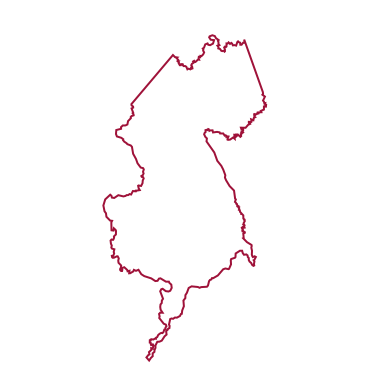 the district of Barbacoas, Nariño, Colombia, rotated 153°
{"feature_id": "7082276B69446102501587", "entity_name": "Barbacoas", "entity_type": "district", "adm_level": 2, "iso_a3": "COL", "parent_name": "Colombia", "parent_adm1": "Nariño", "projection": "robinson", "projection_center": [-78.08, 1.496], "detail": "fine", "context": "isolated", "style": "outline", "palette": "rose", "viewbox_px": 384, "rotation_deg": 153, "n_neighbors": 0, "source": "geoboundaries", "source_scale": "gbopen_adm2", "svg_char_len": 6033}
<svg xmlns="http://www.w3.org/2000/svg" viewBox="0 0 384 384"><g transform="rotate(153 192 192)"><path d="M284.0,147.7L280.4,147.9L279.1,149.0L277.7,147.2L275.0,147.0L274.5,141.8L272.7,138.7L267.5,133.5L265.1,129.3L263.0,128.5L260.8,129.8L259.3,129.4L255.9,123.9L253.3,122.6L253.4,121.3L252.5,118.9L253.6,115.8L256.2,113.9L258.1,114.0L260.4,115.6L262.1,119.1L263.5,119.3L265.4,118.0L266.3,110.0L268.1,109.0L269.4,106.8L271.1,106.1L272.5,104.0L273.4,101.4L273.0,97.8L275.1,98.9L276.7,98.3L277.3,95.9L278.4,94.6L277.0,87.5L275.5,85.7L275.7,84.0L277.2,83.2L277.8,82.0L279.1,82.0L281.1,80.1L282.4,79.7L283.3,80.4L285.1,80.4L287.1,79.9L288.9,78.5L290.2,78.5L290.8,77.6L291.6,78.2L293.4,78.1L295.1,79.3L296.0,79.3L296.2,78.6L297.0,78.9L298.0,77.0L297.3,76.4L298.0,74.4L297.0,73.4L296.5,74.2L296.0,74.0L296.0,73.3L296.5,73.2L296.3,72.4L298.1,70.2L299.2,71.4L299.9,69.8L303.0,68.9L303.6,66.6L305.1,66.5L307.7,65.3L306.7,61.3L303.8,62.9L301.6,63.5L300.3,66.1L298.1,66.6L297.1,68.2L295.3,69.7L294.3,71.8L290.9,74.3L288.9,73.4L286.4,73.3L281.9,75.9L279.4,76.5L278.2,79.8L276.2,80.3L275.4,81.0L273.9,81.0L272.7,82.9L272.7,84.3L269.1,88.7L267.7,88.6L266.4,87.6L264.2,87.9L262.5,86.9L259.0,87.0L257.3,88.3L256.4,88.1L254.5,90.9L251.1,93.9L248.9,99.2L246.1,100.5L244.7,103.1L242.3,104.5L238.5,108.0L235.2,108.1L229.9,104.7L228.7,103.2L227.0,103.1L221.7,100.8L220.2,101.4L217.3,104.8L215.9,105.5L214.5,105.3L213.2,106.2L212.3,105.6L206.8,105.9L199.3,109.0L197.0,108.7L194.5,106.7L193.9,106.7L190.1,109.8L188.4,113.6L187.5,114.5L183.6,113.9L182.8,114.3L181.0,117.4L175.9,117.9L174.0,116.9L174.5,114.7L174.2,112.5L171.9,111.7L171.3,110.3L171.8,108.6L171.4,107.4L172.3,105.6L172.3,103.9L171.5,101.9L171.5,99.7L170.8,98.3L169.9,98.3L169.5,99.7L167.9,101.8L168.0,103.2L167.3,103.2L164.6,105.1L165.4,106.3L167.3,106.4L167.4,107.6L167.1,109.1L165.2,112.4L164.4,115.5L163.3,116.8L163.0,117.8L165.8,122.4L167.4,127.6L166.8,127.6L165.2,131.6L163.4,131.7L163.2,132.3L164.9,134.0L164.6,134.9L163.8,134.9L163.9,137.5L162.8,137.8L162.7,136.8L161.3,136.4L161.1,138.0L160.3,138.5L160.8,139.5L160.4,139.5L160.3,140.7L158.1,142.2L158.2,143.4L157.7,143.7L158.3,145.0L156.9,147.9L157.4,149.6L158.1,150.1L157.7,150.7L158.2,152.6L157.7,154.0L158.3,154.8L157.6,155.4L157.6,156.8L157.0,157.1L157.9,158.3L157.2,158.5L157.8,159.5L157.4,160.8L157.9,161.3L157.7,162.2L158.2,163.7L156.3,165.5L156.6,166.5L153.9,174.2L155.8,180.2L156.3,186.9L156.1,189.9L154.7,191.8L154.0,197.8L154.0,202.0L155.3,208.3L154.2,217.1L156.1,230.5L154.4,233.0L155.1,235.1L155.0,237.9L153.9,238.9L152.6,239.3L151.9,241.0L150.8,240.8L150.2,240.2L149.0,240.8L148.6,240.4L148.8,238.6L147.8,238.6L145.7,237.6L146.2,235.5L142.4,234.2L140.3,232.6L140.4,231.4L137.6,230.0L137.3,227.4L136.3,227.3L136.0,226.8L136.4,225.5L135.0,225.4L134.3,224.9L136.3,223.2L136.6,222.6L136.2,222.1L134.3,221.4L130.6,221.9L129.8,220.0L128.3,223.8L127.0,223.0L127.4,221.4L126.6,221.6L126.4,223.1L125.1,222.5L123.9,219.2L122.8,219.5L122.2,221.4L121.5,221.4L121.2,222.6L120.6,222.8L119.9,221.8L119.4,221.9L120.0,223.6L118.5,223.6L117.8,224.9L119.4,225.7L119.2,227.1L115.1,224.9L111.4,226.4L109.5,226.3L109.9,227.9L109.5,228.7L108.5,228.1L108.3,227.3L107.0,227.6L106.3,229.9L104.7,228.1L103.2,230.0L101.8,230.0L102.2,230.9L101.3,233.1L100.8,233.0L100.8,231.8L99.6,232.2L97.6,231.9L97.9,232.7L97.5,233.1L94.0,231.6L93.9,233.0L90.5,232.8L89.1,235.5L87.4,234.5L86.4,236.0L87.1,236.6L86.3,237.9L87.3,238.1L86.9,239.7L87.2,241.2L83.7,243.9L85.1,246.7L84.1,247.2L83.5,248.9L76.3,304.1L77.5,301.1L78.7,301.8L81.0,300.7L82.1,301.3L81.3,303.2L82.3,304.2L82.6,305.3L83.6,305.0L86.2,302.4L87.5,303.6L89.0,304.1L88.9,306.0L89.3,307.0L90.9,306.7L91.5,308.7L92.9,308.1L93.8,308.7L95.2,306.0L95.9,305.8L96.6,306.6L97.7,306.2L97.9,304.2L98.8,302.4L99.3,302.3L99.4,303.4L101.1,303.8L101.8,304.5L102.1,306.7L103.4,308.0L102.6,309.0L102.9,310.8L100.9,310.5L101.2,311.9L100.3,313.7L100.3,314.9L99.3,315.3L100.8,318.2L100.9,320.6L102.7,322.4L105.6,322.7L106.5,322.0L106.2,319.2L103.4,317.3L105.9,314.7L109.2,314.6L110.7,315.8L110.7,317.3L113.2,317.5L115.8,315.1L117.3,314.9L117.2,313.8L117.9,312.9L117.8,310.9L119.6,309.5L121.8,308.8L122.8,309.5L123.5,308.4L124.6,309.3L125.4,308.2L125.6,306.7L126.4,307.3L129.9,306.3L130.6,306.9L130.6,307.9L131.8,307.8L131.8,306.5L133.9,306.2L135.1,305.3L134.9,303.9L135.5,301.9L136.5,302.0L136.3,303.2L137.8,302.1L139.2,303.5L140.4,303.4L140.2,306.2L141.0,307.4L142.2,307.9L142.7,309.1L142.2,309.9L142.5,310.3L143.8,310.9L144.5,310.1L145.3,310.5L145.4,312.8L144.9,313.3L145.2,314.3L144.4,314.6L145.3,315.4L144.3,316.1L145.0,318.4L144.1,318.6L145.9,319.9L146.8,322.7L206.1,297.8L206.5,296.6L205.7,294.9L206.1,293.9L207.9,293.9L208.4,289.4L209.1,289.2L208.8,287.8L209.2,286.8L211.4,287.1L212.6,286.6L213.0,285.5L216.8,284.2L218.9,281.5L221.0,281.5L223.5,282.7L225.8,282.0L226.5,280.5L231.3,281.6L233.4,278.2L233.7,275.6L230.4,272.4L229.3,270.2L229.9,269.5L229.5,267.6L228.1,265.1L227.9,264.0L225.4,261.2L225.0,259.5L227.1,252.8L226.9,246.9L227.5,242.3L226.6,237.1L224.7,235.4L224.7,234.0L226.5,232.2L226.7,230.5L228.1,229.4L229.9,229.2L229.9,228.3L228.8,227.4L228.9,226.0L230.6,224.7L232.1,222.3L234.6,220.5L236.7,222.1L237.2,222.0L237.8,219.6L237.7,217.4L240.8,218.4L241.6,218.1L241.9,218.8L242.6,218.6L244.2,219.7L247.4,217.4L248.6,218.5L250.2,218.2L251.7,218.9L253.0,218.7L255.1,219.2L259.1,222.6L264.0,222.0L265.9,223.4L265.5,225.2L266.1,226.7L272.7,224.8L277.1,220.2L278.7,214.5L278.3,212.1L279.5,208.8L277.9,203.7L276.3,202.6L277.7,201.5L281.1,194.4L279.5,193.3L278.1,195.1L277.3,192.9L277.4,191.8L279.1,188.7L281.7,187.9L282.2,186.6L283.6,185.4L284.1,185.2L285.3,186.2L286.6,185.7L287.7,182.7L287.8,180.7L289.1,179.1L289.0,177.9L287.2,176.2L289.0,174.1L289.2,172.7L291.0,171.0L292.4,171.5L292.8,170.2L292.6,169.5L291.5,168.9L288.0,168.8L287.4,168.4L287.4,166.1L288.9,164.3L289.6,162.3L288.5,158.7L289.5,157.1L291.1,155.9L291.4,154.8L291.0,153.8L290.2,153.4L289.4,154.3L289.0,156.1L286.5,155.7L285.1,151.9L285.4,150.6L283.5,150.2L284.9,148.1L284.0,147.7Z" fill="none" stroke="#9f1239" stroke-width="2"/></g></svg>